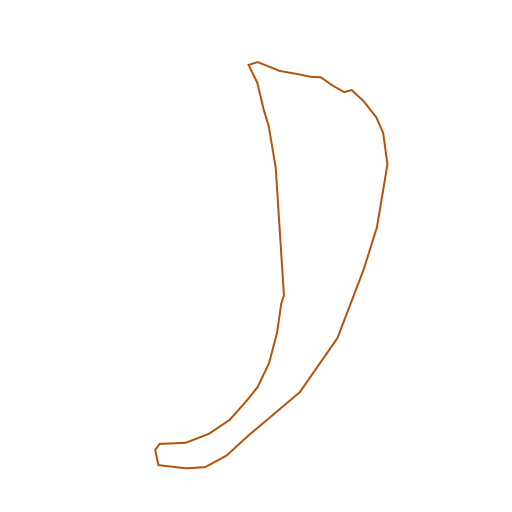 outline of Satowan, Federated States of Micronesia, rotated 341°
{"feature_id": "79324940B12415749846105", "entity_name": "Satowan", "entity_type": "district", "adm_level": 2, "iso_a3": "FSM", "parent_name": "Federated States of Micronesia", "parent_adm1": "", "projection": "natural_earth1", "projection_center": [153.731, 5.329], "detail": "fine", "context": "isolated", "style": "outline", "palette": "amber", "viewbox_px": 512, "rotation_deg": 341, "n_neighbors": 0, "source": "geoboundaries", "source_scale": "gbopen_adm2", "svg_char_len": 625}
<svg xmlns="http://www.w3.org/2000/svg" viewBox="0 0 512 512"><g transform="rotate(341 256 256)"><path d="M311.2,72.9L313.6,92.9L310.9,120.4L310.3,137.5L303.4,178.9L269.6,302.3L264.4,309.2L250.9,335.4L233.5,361.5L214.9,380.4L199.8,390.0L177.7,402.4L153.5,408.8L128.6,409.7L103.7,402.3L97.7,406.4L96.9,411.5L95.7,422.0L120.7,434.0L139.3,439.1L163.4,435.0L189.6,423.6L253.1,399.0L306.3,360.1L353.5,303.7L379.7,268.2L410.2,212.0L416.3,181.0L414.9,163.9L408.1,144.6L400.5,130.3L392.6,129.7L383.4,119.2L375.5,108.1L366.5,104.6L355.9,98.3L338.7,88.8L320.7,73.2L311.2,72.9Z" fill="none" stroke="#b45309" stroke-width="2"/></g></svg>